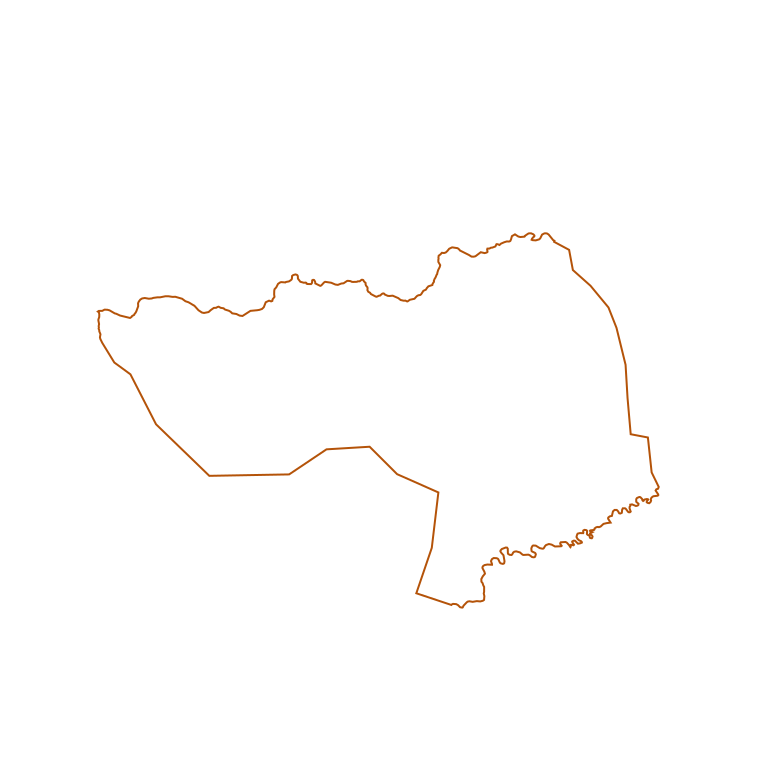 the district of Xushaat, Selenge, Mongolia, rotated 17°
{"feature_id": "93677404B66218634749011", "entity_name": "Xushaat", "entity_type": "district", "adm_level": 2, "iso_a3": "MNG", "parent_name": "Mongolia", "parent_adm1": "Selenge", "projection": "robinson", "projection_center": [105.47, 49.721], "detail": "fine", "context": "isolated", "style": "outline", "palette": "amber", "viewbox_px": 768, "rotation_deg": 17, "n_neighbors": 0, "source": "geoboundaries", "source_scale": "gbopen_adm2", "svg_char_len": 6146}
<svg xmlns="http://www.w3.org/2000/svg" viewBox="0 0 768 768"><g transform="rotate(17 384 384)"><path d="M243.8,522.9L319.7,498.2L348.1,463.3L388.6,448.2L422.9,466.4L467.7,471.8L477.6,526.7L476.1,574.7L513.0,575.6L513.2,575.1L514.3,574.1L517.4,573.4L519.4,573.8L522.0,575.2L524.1,575.0L524.6,574.6L524.9,572.7L527.0,568.5L527.7,567.6L529.2,566.8L532.5,566.4L536.2,564.5L539.6,563.8L541.9,562.4L542.8,561.2L542.0,557.5L540.6,555.1L540.5,553.5L539.1,548.8L537.8,547.5L536.5,545.6L535.0,544.6L534.1,542.1L534.7,539.0L536.0,535.9L534.9,534.2L532.1,531.4L531.7,530.4L532.1,528.9L533.2,527.7L535.7,526.4L540.1,525.3L540.0,524.7L538.1,522.1L538.4,520.0L539.7,518.4L542.4,517.7L543.6,517.7L544.5,518.1L547.1,521.0L548.2,521.4L550.1,521.3L550.9,520.9L551.3,520.2L551.1,518.4L550.7,517.5L548.3,512.8L545.4,511.1L544.2,510.0L544.1,509.2L544.9,507.4L548.2,504.8L549.5,504.5L550.5,505.3L551.9,509.5L552.4,510.2L554.1,510.6L556.0,510.2L556.5,509.1L556.8,507.4L557.6,506.3L559.3,505.4L563.2,505.3L566.4,506.7L567.4,506.7L571.9,505.0L573.3,505.1L576.1,506.2L577.7,506.0L578.5,505.6L579.0,505.0L579.0,502.5L578.4,501.7L577.7,501.3L574.6,500.9L573.9,500.5L573.0,498.3L573.0,497.0L573.4,495.3L573.9,494.8L576.4,494.2L580.9,495.4L583.6,495.2L584.5,494.8L584.8,494.3L585.4,491.9L586.1,490.6L588.5,488.8L591.3,488.6L595.0,489.4L600.8,487.4L601.2,486.8L599.2,485.3L599.1,484.3L599.3,483.7L603.8,482.0L605.3,482.3L608.5,484.2L609.3,485.1L610.0,485.5L610.1,484.9L609.6,483.3L609.8,483.1L612.4,482.8L612.7,482.2L610.3,480.2L610.0,479.6L610.8,478.7L611.5,478.2L612.6,478.1L616.2,480.0L618.2,479.0L619.6,477.8L619.5,477.4L618.4,476.7L616.4,476.5L614.3,475.5L613.0,474.2L612.8,474.0L612.7,472.0L612.9,470.5L614.9,469.3L618.1,468.4L618.1,467.8L617.5,466.6L617.4,465.9L618.3,464.9L619.8,464.6L620.6,464.7L621.2,465.2L621.9,468.1L622.2,468.4L623.2,468.8L624.7,468.8L625.8,470.7L626.3,471.0L627.8,470.8L628.1,470.2L628.0,468.8L627.0,467.9L625.1,467.4L624.7,466.7L626.6,464.8L624.5,464.7L623.9,464.2L624.1,463.7L627.4,462.2L627.7,461.9L627.8,461.0L627.6,460.6L628.9,458.9L630.4,458.1L631.4,458.1L632.8,457.0L634.8,453.6L637.5,452.0L641.2,450.3L637.7,447.3L637.5,446.3L637.7,445.8L638.7,444.5L640.5,443.5L640.2,438.9L641.3,437.0L643.4,436.4L645.3,437.4L646.2,438.5L646.9,438.9L648.0,438.7L649.1,437.6L648.5,434.7L648.7,433.1L650.8,432.4L651.6,432.6L654.8,434.9L655.8,435.1L656.7,434.7L657.2,433.9L655.2,431.1L654.8,429.7L655.2,428.3L654.8,427.4L656.4,426.6L660.6,427.0L662.1,426.1L662.6,425.3L662.4,424.1L659.8,423.0L659.5,422.5L658.9,420.4L659.1,419.4L659.4,418.9L661.2,417.4L662.3,417.3L664.3,418.4L665.2,419.7L666.0,420.1L666.5,419.6L666.6,418.6L666.8,418.4L668.7,417.3L670.0,417.0L670.4,417.4L669.7,419.1L669.7,420.1L670.6,420.6L672.4,420.5L673.3,419.2L673.5,418.0L673.5,417.3L672.8,416.4L673.0,414.6L673.6,413.6L674.4,412.6L678.4,410.8L678.8,410.0L678.4,409.3L674.9,406.5L675.2,405.1L676.7,404.0L676.8,402.1L665.8,390.3L652.0,358.0L634.6,359.9L621.0,326.2L609.4,295.0L589.9,262.3L576.3,245.2L552.8,229.7L531.3,219.8L521.8,201.6L505.1,198.3L505.1,197.2L503.8,197.0L497.7,192.9L495.9,192.4L494.6,192.6L493.3,193.1L491.5,194.9L490.8,199.1L490.1,200.3L487.1,202.3L484.0,203.0L483.0,202.9L483.1,201.7L484.0,199.6L484.4,199.3L484.6,198.5L484.4,198.0L483.1,197.2L480.6,196.9L478.6,197.5L477.8,198.2L475.4,201.2L475.5,201.6L475.3,202.0L471.4,203.6L469.3,203.7L465.5,202.6L463.1,205.2L463.2,208.5L463.0,210.2L462.6,210.7L461.9,211.2L459.7,211.8L457.5,213.3L454.8,215.6L453.8,217.3L451.9,217.1L450.7,217.4L450.3,219.9L447.7,221.9L446.4,222.4L445.3,223.6L443.3,224.3L443.3,225.3L444.2,226.9L444.3,227.6L443.7,228.3L442.0,229.4L438.0,229.7L434.1,235.1L432.6,236.0L430.4,236.6L427.6,235.8L417.5,234.1L416.7,233.4L414.7,232.6L409.8,233.3L409.1,233.5L406.8,235.6L405.7,238.3L404.6,240.2L403.1,241.2L401.0,241.6L400.0,243.7L398.8,245.3L399.1,247.3L399.6,248.3L399.6,249.2L400.3,251.4L403.0,253.9L403.1,255.7L402.5,259.2L402.5,261.9L402.7,263.4L402.4,264.0L402.1,267.3L401.7,268.4L401.5,270.7L401.9,271.6L401.2,273.9L401.3,275.2L397.9,277.6L396.9,279.8L396.5,281.5L394.4,283.4L393.3,287.3L392.6,288.3L390.9,289.1L389.7,290.4L388.2,293.6L384.1,295.9L382.5,298.0L382.0,298.3L380.1,298.0L378.4,298.6L375.3,298.8L372.6,297.7L366.5,297.0L363.3,298.3L361.8,298.6L358.5,298.2L357.9,297.6L356.7,297.6L355.8,298.3L354.4,300.6L353.4,301.0L351.5,302.7L350.5,302.8L345.2,301.8L343.9,300.8L342.0,300.4L340.7,299.1L340.3,297.2L339.9,296.4L338.0,295.1L337.2,294.0L336.9,292.8L334.8,291.7L333.8,290.7L333.0,290.6L332.1,290.9L330.7,292.9L328.9,293.5L328.2,294.2L324.4,295.5L323.1,295.7L322.0,295.4L319.2,295.9L318.5,296.3L315.9,299.5L313.8,300.4L310.9,302.7L308.4,303.1L303.9,302.6L297.8,303.5L297.0,304.4L295.2,308.1L294.3,308.8L288.9,307.9L288.4,306.6L287.7,305.8L286.8,305.0L286.2,305.0L285.6,305.2L285.0,305.9L285.5,307.7L285.5,308.9L285.0,309.8L281.4,310.8L280.6,310.7L280.2,310.0L279.5,309.9L277.7,310.6L274.1,310.7L270.9,308.4L270.1,306.2L269.6,305.5L268.8,305.1L267.3,305.1L265.4,306.3L264.5,307.6L265.1,310.0L265.1,311.0L264.5,312.0L263.1,313.7L260.4,315.1L260.0,315.7L256.0,316.6L255.1,317.1L253.4,319.2L252.7,323.1L251.6,325.4L251.8,327.0L252.8,330.6L253.8,332.7L252.7,335.7L252.9,337.2L251.9,338.0L249.7,337.9L247.0,340.4L246.6,345.7L245.4,347.9L243.2,349.5L241.2,350.5L234.9,353.1L228.8,360.3L225.9,360.8L222.4,360.2L218.2,360.8L216.2,359.8L214.2,359.3L211.1,359.3L209.8,359.2L208.5,358.5L205.5,358.9L203.3,358.4L202.3,359.0L201.2,360.2L199.0,361.0L196.7,364.0L195.2,366.5L191.1,368.7L189.0,368.9L185.0,367.7L180.0,364.7L173.2,363.0L169.9,362.9L166.0,361.5L158.9,361.6L156.4,362.5L152.3,363.1L149.3,364.0L144.5,366.6L141.9,367.4L138.2,369.1L136.9,370.1L134.2,371.2L130.1,371.7L127.7,372.9L126.3,374.5L125.4,376.9L125.2,378.7L126.2,381.5L125.9,386.9L125.6,388.5L125.0,389.8L124.9,390.9L123.2,392.7L122.9,393.8L121.8,395.1L111.5,395.7L107.4,395.1L105.9,395.2L100.0,393.8L97.7,393.9L95.0,394.6L93.2,396.4L89.9,397.5L89.2,398.4L90.4,398.8L91.4,400.7L92.1,403.3L92.0,405.7L92.3,406.8L94.0,410.0L94.2,412.1L94.8,413.2L94.9,414.5L95.9,415.7L96.4,417.0L98.3,419.3L98.7,422.4L99.6,423.9L102.5,427.0L119.8,442.3L138.7,448.9L177.8,489.2L243.8,522.9Z" fill="none" stroke="#b45309" stroke-width="2"/></g></svg>